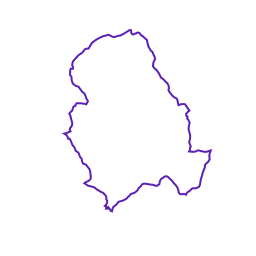 outline of Lençóis Paulista, São Paulo, Brazil, rotated 143°
{"feature_id": "56859067B81397849661237", "entity_name": "Lençóis Paulista", "entity_type": "district", "adm_level": 2, "iso_a3": "BRA", "parent_name": "Brazil", "parent_adm1": "São Paulo", "projection": "orthographic", "projection_center": [-48.82, -22.668], "detail": "fine", "context": "isolated", "style": "outline", "palette": "violet", "viewbox_px": 256, "rotation_deg": 143, "n_neighbors": 0, "source": "geoboundaries", "source_scale": "gbopen_adm2", "svg_char_len": 3591}
<svg xmlns="http://www.w3.org/2000/svg" viewBox="0 0 256 256"><g transform="rotate(143 128 128)"><path d="M75.5,60.3L77.5,61.0L79.0,61.5L80.7,62.4L82.4,64.3L83.7,65.7L85.0,67.6L86.5,68.3L88.0,68.5L89.5,69.3L90.9,70.2L92.0,71.3L93.3,72.5L91.7,73.2L90.4,74.9L88.9,75.6L88.2,78.4L87.7,79.9L86.4,80.8L84.1,82.9L82.4,85.4L81.0,89.2L79.7,91.4L77.7,93.4L75.6,95.1L75.3,96.5L74.9,98.3L75.1,99.9L73.6,101.2L74.1,102.8L73.0,104.4L70.5,104.9L68.5,104.9L68.2,112.7L69.7,114.1L71.7,115.2L73.9,115.9L71.5,121.2L71.7,123.1L72.6,124.7L73.0,126.3L73.2,129.8L73.2,132.1L72.7,134.2L71.3,135.2L70.3,136.9L69.9,138.4L69.6,140.1L70.0,141.8L70.2,143.3L70.3,144.9L70.8,146.7L71.3,148.6L70.8,150.9L70.4,153.4L70.4,155.2L70.3,157.0L70.9,159.2L70.9,160.8L70.9,162.4L69.8,163.4L68.8,164.6L66.9,165.9L65.3,166.4L64.2,167.9L63.8,169.4L63.4,171.6L62.7,174.2L63.2,176.1L62.8,180.0L61.9,182.7L59.9,187.0L60.5,189.4L60.9,192.2L61.7,193.9L61.7,197.0L62.9,198.5L65.5,199.0L67.4,199.4L68.2,200.7L68.1,202.1L66.8,204.3L68.0,205.4L69.7,205.3L71.7,205.6L73.5,205.7L75.2,205.9L76.9,206.3L78.5,206.4L80.0,207.3L82.1,208.1L84.2,208.9L85.6,210.3L86.4,212.3L87.2,213.7L88.2,214.7L90.3,215.1L91.4,215.9L92.7,216.3L94.0,216.5L95.9,217.0L98.2,217.4L101.1,217.7L103.6,217.7L105.1,217.7L107.0,217.2L108.8,216.4L110.1,215.8L111.8,215.2L113.0,216.1L114.8,216.8L116.9,216.3L118.7,215.8L120.7,215.7L122.6,215.9L124.2,215.9L125.6,215.5L127.4,215.3L129.6,214.8L131.9,214.3L133.6,213.0L134.9,211.6L135.1,210.0L136.4,208.5L137.9,209.8L139.6,208.9L140.3,207.7L141.3,206.6L142.4,205.3L142.3,203.0L143.2,201.6L144.3,199.8L145.2,197.2L145.2,195.7L144.6,193.8L144.0,192.5L142.7,190.9L142.7,189.3L142.8,186.2L142.7,183.9L142.1,181.9L142.3,180.5L142.8,178.6L143.5,176.9L143.6,175.0L143.9,173.5L145.3,172.9L147.1,172.0L147.8,173.2L149.4,174.6L150.3,175.8L152.1,177.0L153.8,178.6L155.7,178.3L156.8,177.3L158.4,177.9L159.6,177.3L161.0,176.3L162.3,175.4L164.5,175.3L166.3,174.8L166.5,173.2L167.0,171.5L167.9,169.7L168.8,167.3L169.6,165.4L170.9,164.0L173.0,163.0L174.4,162.7L175.5,161.8L175.9,160.0L179.6,160.8L182.3,161.9L181.6,160.3L181.4,158.7L181.6,157.2L182.3,155.6L181.1,154.6L181.4,152.2L182.1,149.8L182.6,147.6L182.4,145.5L182.8,143.2L183.5,141.3L182.4,138.2L183.2,135.5L183.6,133.9L183.6,131.1L184.8,128.8L185.3,126.8L184.5,125.4L183.6,123.6L183.6,121.2L183.6,118.0L184.6,115.6L186.2,113.0L187.2,111.1L188.6,109.9L189.8,109.5L191.5,109.5L194.7,110.2L196.1,110.1L194.6,105.9L193.5,104.6L191.2,101.8L190.3,100.0L189.9,97.7L189.1,95.9L188.0,93.0L186.7,91.0L186.8,89.2L186.4,87.6L186.9,85.9L188.2,84.2L188.5,82.1L190.0,80.8L191.4,79.9L193.4,79.7L192.6,78.0L194.1,76.9L192.8,75.8L191.4,76.4L191.3,74.3L191.7,72.4L190.9,71.1L189.8,72.1L188.4,73.2L187.1,73.8L184.7,73.8L182.7,74.0L181.3,74.5L179.4,74.6L176.2,73.3L174.9,72.9L173.0,72.7L171.2,72.5L169.5,73.0L168.1,72.9L166.7,73.4L165.3,73.5L162.1,72.4L160.0,72.3L158.0,72.5L156.7,73.0L155.3,73.7L153.2,73.7L150.6,74.5L149.1,74.1L147.8,73.2L146.1,71.5L144.9,70.1L143.6,68.9L142.2,67.6L140.7,65.2L139.4,64.3L136.7,64.3L134.7,66.2L132.6,67.3L129.4,67.2L128.0,67.2L126.5,66.5L125.5,64.9L125.2,62.5L124.7,60.3L124.5,58.6L124.7,56.9L124.4,54.9L124.3,53.2L124.4,50.7L125.0,48.6L125.8,46.9L126.5,45.4L125.9,43.5L124.6,42.5L122.5,41.3L121.8,39.8L120.5,40.6L119.0,40.9L117.7,40.7L115.9,40.7L114.0,41.1L112.1,40.7L110.7,39.3L109.1,38.7L106.7,38.3L104.8,39.3L102.9,41.1L101.1,42.9L100.0,43.7L98.3,44.9L97.2,45.6L95.8,47.0L92.9,48.7L91.8,49.4L90.6,50.2L89.6,51.2L88.4,52.3L86.7,52.5L84.9,52.7L83.2,53.1L81.5,54.0L80.5,55.8L79.7,57.0L78.5,58.1L76.9,59.3L75.5,60.3Z" fill="none" stroke="#5b21b6" stroke-width="2"/></g></svg>